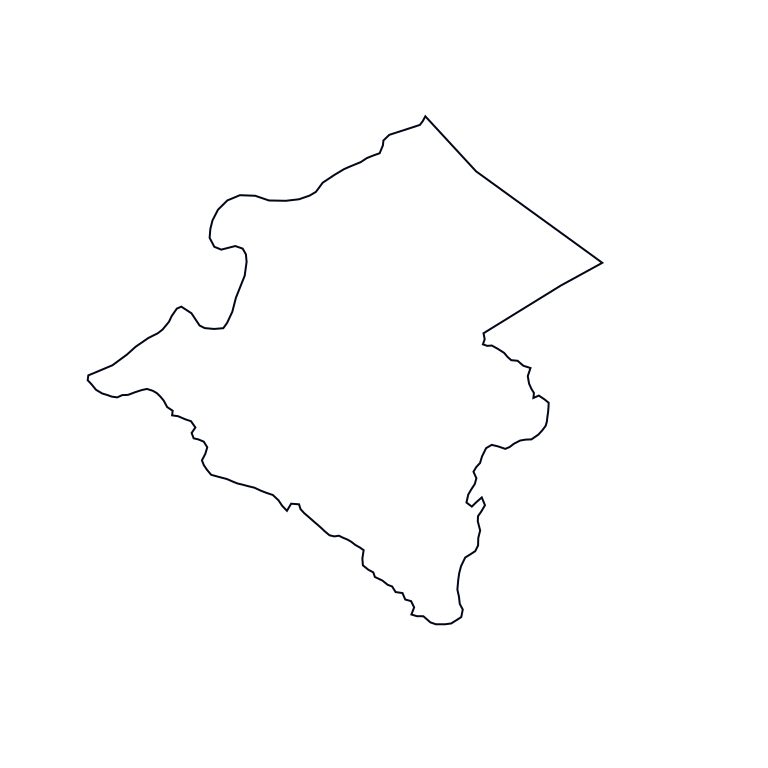 the district of Barra de São Miguel, Paraíba, Brazil, rotated 148°
{"feature_id": "56859067B75587111505212", "entity_name": "Barra de São Miguel", "entity_type": "district", "adm_level": 2, "iso_a3": "BRA", "parent_name": "Brazil", "parent_adm1": "Paraíba", "projection": "mercator", "projection_center": [-36.253, -7.679], "detail": "fine", "context": "isolated", "style": "outline", "palette": "ink", "viewbox_px": 768, "rotation_deg": 148, "n_neighbors": 0, "source": "geoboundaries", "source_scale": "gbopen_adm2", "svg_char_len": 2686}
<svg xmlns="http://www.w3.org/2000/svg" viewBox="0 0 768 768"><g transform="rotate(148 384 384)"><path d="M628.0,525.3L624.6,521.4L621.5,517.5L617.3,514.0L611.9,513.3L606.8,510.4L599.3,508.9L592.5,507.2L587.6,505.4L583.7,500.8L581.5,496.7L580.4,492.3L579.6,486.8L580.1,479.3L577.4,473.3L580.3,469.7L575.7,465.8L571.1,459.2L567.4,454.7L567.0,447.1L573.1,444.4L574.2,438.8L570.8,435.4L567.4,430.6L567.4,424.0L572.5,419.5L578.9,415.7L579.8,410.6L579.6,405.2L578.7,398.6L573.1,392.5L567.7,386.8L563.6,380.9L560.9,377.2L557.3,373.6L553.4,369.4L548.9,364.8L544.7,358.4L541.3,353.9L537.1,348.8L535.1,341.2L534.9,334.6L533.5,327.9L526.2,331.7L519.8,327.0L521.1,322.1L520.1,316.7L518.6,312.0L516.5,304.9L514.8,299.5L513.5,295.1L512.3,290.5L510.4,284.6L506.9,281.1L502.6,279.2L500.2,275.3L497.4,271.4L495.3,267.4L493.6,262.7L491.2,258.3L489.3,253.9L494.8,247.5L498.0,241.4L495.7,234.8L492.9,229.9L494.0,225.2L489.5,218.1L487.3,211.8L484.4,208.0L484.4,201.4L479.1,196.9L480.2,190.0L476.1,185.5L476.8,178.6L482.9,174.0L479.1,169.6L473.7,166.2L471.0,157.3L467.3,152.7L459.4,147.8L453.8,145.3L442.0,145.4L436.7,151.0L436.3,157.3L433.1,164.0L430.7,170.8L424.8,178.6L420.3,183.9L415.2,188.7L407.1,193.8L400.9,193.8L395.2,193.9L389.8,197.2L385.7,203.4L380.1,208.8L377.2,217.9L374.3,222.1L369.1,224.3L362.6,227.7L361.2,236.0L368.5,234.8L374.5,233.5L376.9,239.8L371.1,245.6L366.0,248.3L360.1,251.0L355.6,255.1L354.6,262.2L349.7,264.7L344.4,266.1L339.3,270.6L331.4,275.5L324.9,275.3L320.3,270.6L315.5,264.7L310.8,264.0L305.5,264.5L298.5,263.9L293.4,261.8L288.3,258.9L279.8,259.3L274.4,260.8L269.2,262.8L265.9,265.7L262.8,269.6L259.8,273.1L256.9,277.0L254.3,280.8L256.0,285.8L258.8,292.1L264.7,293.0L261.6,296.9L261.6,301.5L260.8,307.4L257.9,314.5L251.3,319.9L256.2,325.7L258.4,332.9L263.5,336.8L264.9,341.5L265.6,346.6L268.8,353.4L272.2,359.5L276.2,361.6L279.1,365.2L274.9,368.6L272.7,374.3L181.8,373.8L134.7,371.1L142.0,389.3L193.2,515.5L207.1,589.1L211.8,586.4L216.3,584.7L247.5,592.5L255.5,590.8L258.4,587.0L265.4,582.0L272.2,583.5L279.0,584.7L286.1,584.5L297.9,586.5L304.1,587.4L315.7,587.6L329.3,587.2L340.0,583.0L347.3,583.2L358.2,585.7L370.2,591.4L384.3,600.6L393.5,611.9L406.2,620.5L411.3,621.3L419.5,622.7L432.4,619.8L442.8,613.6L449.1,607.5L454.4,600.4L455.2,590.3L450.8,584.2L437.0,579.8L432.1,573.7L432.4,567.1L435.8,560.4L444.7,549.7L456.4,541.1L463.9,535.6L474.4,525.6L484.8,518.9L490.7,516.5L498.9,520.7L506.4,526.4L509.4,531.3L509.8,546.0L514.9,557.0L519.8,557.7L528.1,554.1L533.4,550.7L543.0,547.5L549.2,546.9L554.1,547.4L559.6,547.9L575.0,547.2L586.2,545.2L604.4,543.8L630.2,548.0L633.3,544.2L632.2,538.9L631.3,531.7L628.0,525.3Z" fill="none" stroke="#020617" stroke-width="2"/></g></svg>